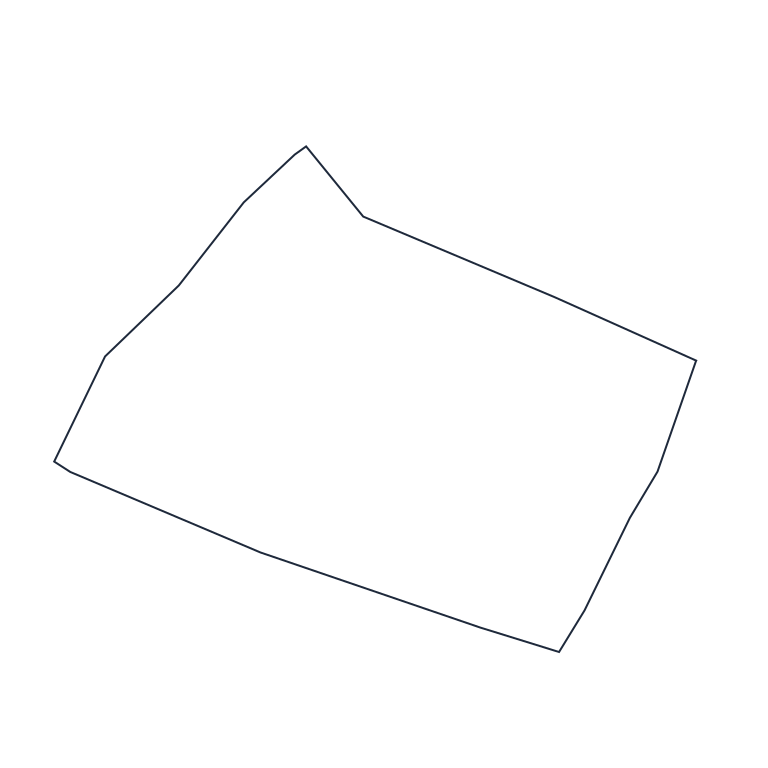 25, Ad Dawhah, Qatar, rotated 18°
{"feature_id": "91078587B27846098888320", "entity_name": "25", "entity_type": "district", "adm_level": 2, "iso_a3": "QAT", "parent_name": "Qatar", "parent_adm1": "Ad Dawhah", "projection": "equal_earth", "projection_center": [51.531, 25.268], "detail": "fine", "context": "isolated", "style": "outline", "palette": "slate", "viewbox_px": 768, "rotation_deg": 18, "n_neighbors": 0, "source": "geoboundaries", "source_scale": "gbopen_adm2", "svg_char_len": 392}
<svg xmlns="http://www.w3.org/2000/svg" viewBox="0 0 768 768"><g transform="rotate(18 384 384)"><path d="M673.7,265.3L519.5,248.7L312.5,231.2L236.5,182.1L228.2,193.4L194.5,254.6L158.4,353.7L110.2,444.0L94.3,559.7L112.8,564.6L318.6,582.4L551.0,585.9L625.0,584.9L633.3,584.8L644.7,537.3L659.2,435.3L671.2,382.8L673.6,266.2L673.7,265.3Z" fill="none" stroke="#1e293b" stroke-width="2"/></g></svg>